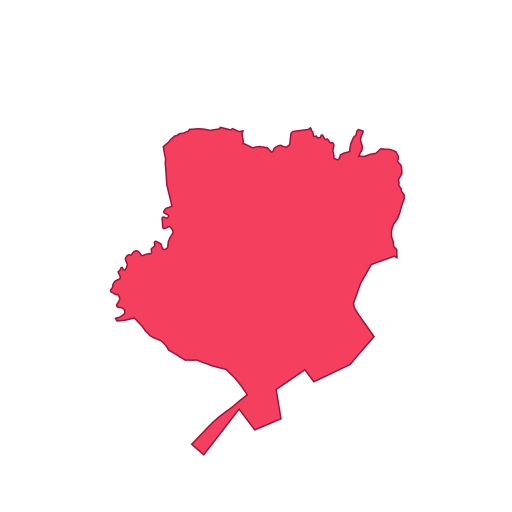 the district of Rites pag., Viesites, Latvia, rotated 318°
{"feature_id": "27541924B10670366304681", "entity_name": "Rites pag.", "entity_type": "district", "adm_level": 2, "iso_a3": "LVA", "parent_name": "Latvia", "parent_adm1": "Viesites", "projection": "albers", "projection_center": [25.488, 56.197], "detail": "fine", "context": "isolated", "style": "filled", "palette": "rose", "viewbox_px": 512, "rotation_deg": 318, "n_neighbors": 0, "source": "geoboundaries", "source_scale": "gbopen_adm2", "svg_char_len": 6150}
<svg xmlns="http://www.w3.org/2000/svg" viewBox="0 0 512 512"><g transform="rotate(318 256 256)"><path d="M359.6,351.6L364.7,345.6L364.9,344.8L364.7,342.6L364.9,340.9L365.3,340.2L367.4,337.6L367.8,336.9L367.9,336.6L368.1,335.9L369.1,333.5L369.4,332.9L369.7,332.4L371.4,330.3L373.1,328.4L376.4,326.0L378.8,325.0L380.1,324.2L381.5,324.0L385.3,323.2L386.4,322.8L387.2,322.4L387.9,322.0L388.1,321.7L390.1,321.1L391.3,320.4L396.7,316.9L400.3,314.8L404.6,312.6L407.2,309.2L407.3,306.2L407.5,305.2L408.9,303.2L409.2,300.0L409.6,298.9L411.6,297.0L412.6,294.8L418.9,292.5L419.4,292.3L419.6,292.4L420.0,291.7L421.1,290.5L423.6,287.3L424.3,285.7L424.4,285.1L424.5,283.7L424.4,281.8L424.4,281.1L424.5,280.7L424.7,280.3L424.9,280.0L425.3,279.7L426.6,279.2L427.0,278.8L428.2,277.5L428.4,277.1L429.3,273.7L429.8,272.1L428.6,269.5L426.9,266.7L426.3,265.8L425.8,265.3L423.5,263.1L422.7,262.3L422.4,261.9L421.8,261.3L421.9,261.2L420.8,260.2L420.4,259.8L419.7,259.8L417.8,259.9L414.2,259.9L413.5,259.8L411.6,258.4L410.1,257.7L409.4,257.0L406.3,255.9L405.8,255.5L405.3,255.2L403.7,254.9L403.4,254.7L402.4,253.7L400.9,252.4L400.0,251.2L399.6,250.9L398.9,250.8L398.9,250.7L399.9,250.4L402.7,249.0L405.2,248.4L408.0,246.2L409.3,243.8L409.9,242.3L410.8,240.7L411.8,239.3L412.9,238.4L414.1,237.7L418.1,235.7L419.2,234.8L418.9,234.2L416.7,230.5L415.6,230.8L414.3,230.8L411.5,232.9L410.2,233.1L409.1,233.0L407.8,233.1L402.6,235.5L400.5,236.7L397.1,239.5L395.7,241.1L391.5,239.1L390.4,238.4L386.2,237.3L385.5,238.1L382.3,239.4L381.1,239.3L379.3,235.6L379.8,234.9L380.8,233.9L382.1,231.9L383.6,229.1L387.0,226.7L387.8,226.0L388.4,225.2L388.9,223.0L386.9,221.7L387.4,216.8L385.4,215.9L385.4,214.5L385.7,213.6L386.4,210.8L385.5,209.8L382.9,211.1L380.8,209.1L381.0,207.1L379.9,206.6L379.0,205.8L379.6,204.5L381.3,201.4L381.1,200.3L381.1,199.6L382.0,198.5L382.2,197.6L382.2,197.2L379.4,196.9L368.8,189.5L366.6,188.2L365.3,188.1L364.4,188.2L363.2,189.0L356.8,194.7L355.4,195.7L353.5,195.6L351.4,195.5L350.8,195.0L349.4,192.7L349.1,191.6L348.5,190.5L348.2,190.0L347.4,189.5L345.8,188.8L345.6,188.9L345.2,188.9L344.2,188.5L341.8,188.1L341.4,188.1L338.6,189.6L337.1,189.3L336.9,188.8L336.9,184.5L336.9,183.2L336.5,182.5L335.3,181.4L334.9,180.9L334.8,180.2L333.5,179.3L332.3,177.3L330.7,176.3L328.2,174.5L328.0,174.4L327.1,174.1L326.5,173.7L325.9,173.1L325.7,172.9L325.1,171.7L324.9,171.2L325.0,171.1L322.9,166.0L322.0,164.1L321.6,163.9L322.1,163.3L323.0,162.6L323.7,161.7L327.1,156.3L327.6,155.7L328.2,155.3L330.1,154.4L329.7,154.1L326.7,152.3L323.7,145.6L321.6,145.4L315.6,136.5L313.9,137.1L306.1,132.0L301.8,126.4L298.0,122.6L293.8,119.4L292.6,118.3L292.0,118.2L291.3,117.3L290.2,117.7L289.2,117.9L286.8,116.9L284.3,116.2L282.1,114.6L280.7,113.8L280.4,113.7L279.5,113.9L277.5,113.3L275.9,112.4L275.3,112.4L274.5,112.4L270.4,112.4L268.5,112.7L267.1,112.9L263.3,112.8L260.1,112.7L259.6,113.9L256.0,119.4L255.6,120.4L255.3,120.9L253.5,123.7L250.7,126.2L247.4,130.6L240.6,139.3L237.2,143.7L229.0,158.9L226.8,162.7L225.7,162.4L223.5,161.5L221.7,160.6L220.2,160.4L217.4,161.1L216.9,161.4L216.7,161.9L216.6,162.6L216.7,162.9L218.1,166.6L218.1,167.2L218.0,167.6L217.8,167.9L217.3,168.2L215.7,168.4L215.2,168.3L214.9,168.0L214.7,167.7L213.5,165.2L213.1,164.9L211.9,164.8L211.4,165.2L206.0,172.2L205.6,173.0L205.6,173.6L205.7,173.9L206.6,174.6L207.5,175.0L208.3,175.1L210.5,175.7L211.0,176.0L211.6,176.7L211.7,177.2L211.5,179.6L211.2,181.3L210.7,182.3L209.9,183.2L209.2,183.5L207.4,183.9L203.6,185.1L202.1,185.9L200.8,186.4L196.2,190.4L195.0,190.7L193.2,190.4L191.7,189.4L191.5,188.7L191.8,187.3L192.3,185.8L193.3,184.2L193.4,183.7L193.0,182.0L191.8,178.7L190.8,177.6L190.5,177.6L189.8,177.7L189.3,178.2L188.2,180.2L187.5,180.7L186.8,180.8L184.6,180.6L183.1,180.6L182.5,181.0L181.9,182.0L181.1,183.2L180.4,183.7L179.7,183.8L179.1,183.7L177.0,182.0L176.1,181.5L172.1,179.8L171.5,179.3L171.3,179.0L171.6,175.7L171.6,174.9L171.5,173.8L171.2,172.9L170.7,172.2L169.8,171.5L168.4,171.1L167.4,171.1L165.7,171.4L165.1,171.7L164.3,171.9L163.8,171.7L162.6,170.2L162.0,169.9L161.5,169.7L160.8,169.6L159.8,169.6L159.0,169.9L157.9,170.2L157.3,170.5L156.6,171.3L156.2,172.1L155.3,174.7L155.1,175.5L154.7,176.2L153.4,177.1L152.6,177.7L151.6,178.2L151.1,178.2L149.3,178.8L149.0,178.5L148.6,178.3L148.1,177.5L148.2,177.2L148.8,175.9L149.0,175.2L148.7,174.9L148.3,174.7L147.5,174.5L147.1,174.7L146.2,175.1L145.7,175.5L145.1,175.7L143.7,175.4L143.1,175.5L142.7,176.0L142.4,176.6L141.8,179.0L141.5,179.9L140.8,181.2L140.2,181.6L139.7,181.7L138.0,181.4L137.1,181.0L135.4,180.5L134.5,180.4L133.2,180.6L130.7,181.4L130.3,181.7L129.0,182.9L128.4,183.3L127.7,183.5L126.8,183.6L126.2,183.7L125.1,184.1L124.7,184.4L124.4,184.8L124.3,185.5L124.3,186.0L125.1,187.9L125.3,188.9L125.7,190.0L126.1,191.1L126.4,191.4L126.7,191.6L127.4,191.8L127.5,192.1L127.4,192.9L127.2,193.4L127.2,194.1L127.0,195.3L126.5,196.1L126.1,196.7L125.4,197.2L123.6,197.9L120.1,198.9L119.7,199.2L119.1,199.9L118.9,200.4L118.9,200.7L118.9,201.1L119.0,201.4L119.3,202.0L119.7,202.6L121.1,203.9L121.6,204.9L121.9,205.6L122.1,207.1L121.8,208.7L121.6,209.2L120.9,210.1L120.1,210.6L119.4,210.8L117.7,210.8L113.7,210.2L112.5,209.7L111.9,209.3L111.4,209.1L110.7,208.6L109.8,208.5L109.7,209.0L109.2,210.7L109.3,211.4L115.3,215.9L124.1,220.7L124.4,232.1L123.7,237.6L124.0,244.0L124.2,245.1L124.9,247.3L125.9,249.5L127.3,252.4L128.9,255.9L129.2,262.4L128.2,267.2L128.1,267.4L131.4,277.8L131.8,280.2L132.1,280.8L133.1,283.8L133.8,286.2L135.5,287.5L139.7,291.5L142.4,293.7L144.0,297.0L146.9,302.5L147.8,304.0L149.1,307.0L153.5,313.8L157.3,319.3L158.0,320.5L158.1,324.2L158.2,325.4L158.7,332.1L158.6,334.7L158.0,343.9L157.8,344.8L157.7,345.7L156.7,353.2L148.6,352.7L138.2,352.4L133.1,352.0L130.0,351.5L120.2,350.8L115.6,350.8L113.1,350.7L104.1,351.2L99.7,351.6L95.2,351.9L90.7,352.3L82.2,352.9L83.0,359.5L83.1,360.5L83.3,361.6L83.7,364.9L84.2,368.8L141.0,358.5L138.7,384.4L165.6,393.7L181.7,368.7L216.2,373.3L214.8,388.2L253.4,399.6L266.3,397.8L289.8,394.9L293.1,367.4L294.0,362.7L294.1,361.5L294.6,360.6L294.7,360.1L294.7,359.7L297.0,356.3L315.7,346.2L336.1,339.5L356.9,348.0L358.6,348.6L359.6,351.6Z" fill="#f43f5e" stroke="#9f1239" stroke-width="1.5"/></g></svg>